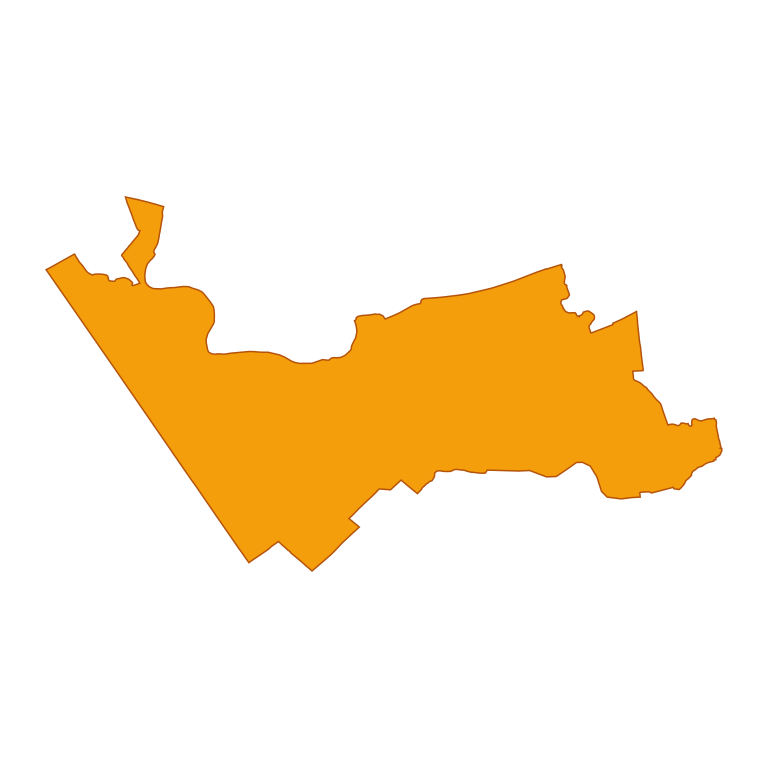 Bolintin-Vale, Giurgiu, Romania
{"feature_id": "2599482B86536056003936", "entity_name": "Bolintin-Vale", "entity_type": "district", "adm_level": 2, "iso_a3": "ROU", "parent_name": "Romania", "parent_adm1": "Giurgiu", "projection": "robinson", "projection_center": [25.723, 44.447], "detail": "fine", "context": "isolated", "style": "filled", "palette": "amber", "viewbox_px": 768, "rotation_deg": 0, "n_neighbors": 0, "source": "geoboundaries", "source_scale": "gbopen_adm2", "svg_char_len": 6104}
<svg xmlns="http://www.w3.org/2000/svg" viewBox="0 0 768 768"><path d="M678.9,489.6L679.2,489.5L680.9,488.0L683.7,484.8L683.6,484.7L685.0,482.7L685.6,481.1L687.0,479.6L688.2,478.8L691.4,475.5L691.3,474.7L692.5,471.6L695.5,469.6L697.8,467.6L700.5,466.5L701.6,466.5L705.1,464.0L708.3,462.5L712.2,461.6L714.0,460.9L713.8,460.2L716.0,459.6L715.7,457.6L717.8,456.6L719.9,455.0L721.9,450.6L721.8,448.4L720.2,448.3L720.3,448.0L720.8,447.3L720.8,446.6L719.8,442.5L719.6,441.1L718.6,438.5L718.4,437.8L718.4,436.7L718.1,435.2L717.1,430.6L716.3,426.3L716.3,425.4L716.5,423.3L716.4,422.5L715.9,419.8L715.7,419.6L715.0,419.6L714.6,419.4L714.3,418.2L712.6,418.7L707.3,419.0L702.1,420.7L700.6,420.9L699.5,420.7L695.0,418.8L693.5,418.9L692.4,419.5L692.0,420.1L691.7,422.4L691.7,423.7L692.0,425.0L691.6,425.5L690.7,426.2L689.9,426.1L689.1,425.7L688.1,423.6L686.2,423.9L684.8,423.4L683.1,423.1L681.1,423.1L679.8,424.9L678.7,425.5L678.1,425.6L677.4,425.6L674.6,424.5L672.2,424.1L669.6,424.5L667.9,425.0L663.0,411.1L661.1,404.9L660.0,403.0L655.8,398.9L653.5,396.1L651.7,393.6L648.8,390.7L647.4,389.1L646.6,387.8L646.2,387.4L644.9,386.9L641.3,383.7L639.6,382.5L637.9,381.6L634.7,380.4L634.0,379.6L633.6,378.7L633.3,376.8L633.3,375.8L632.7,371.3L634.8,371.1L643.1,370.6L643.2,369.7L641.6,357.5L640.5,347.1L639.6,342.3L637.4,321.8L637.5,320.8L636.5,311.5L621.9,319.2L612.8,323.3L613.0,324.6L592.0,332.7L591.5,332.8L590.6,332.7L590.6,332.1L590.5,331.7L590.0,330.1L589.3,328.8L589.1,327.3L589.1,326.2L589.4,325.4L590.9,323.7L591.5,322.4L593.7,319.8L594.3,318.9L594.5,317.9L594.4,316.5L594.0,315.2L593.3,314.2L588.9,311.2L588.3,311.0L587.6,311.0L585.5,311.4L583.2,312.2L582.8,313.5L582.3,314.1L581.5,314.9L580.6,315.4L579.1,315.8L579.2,316.6L577.6,316.2L576.8,315.5L575.8,313.4L575.0,312.7L569.5,312.9L568.5,312.8L565.7,311.6L565.3,311.3L564.7,310.2L563.8,309.2L563.6,308.4L563.1,308.5L562.8,307.0L562.4,306.0L560.8,303.4L560.9,301.9L561.2,301.4L561.5,300.2L562.8,299.6L565.9,298.8L567.4,298.1L569.4,295.1L569.4,294.5L566.6,286.8L566.9,285.7L566.2,284.9L564.9,284.4L564.4,283.2L564.3,282.0L565.2,276.5L563.5,270.4L561.2,266.5L562.0,265.5L561.4,264.5L546.2,269.2L546.1,268.9L541.6,270.5L536.7,272.2L513.8,281.1L501.4,285.1L492.9,287.8L485.0,289.8L468.3,293.7L459.4,295.1L445.4,296.8L438.7,297.5L423.9,298.6L423.3,298.8L422.0,299.5L421.0,300.7L420.9,301.2L421.1,302.4L420.1,303.6L416.0,304.4L413.0,305.4L410.6,306.5L407.6,308.3L399.2,313.0L393.0,315.8L385.2,319.0L382.9,315.8L379.1,314.1L377.4,314.4L375.8,314.1L374.6,314.1L369.2,315.0L362.2,315.5L357.9,316.4L357.5,316.9L356.3,317.5L356.2,318.4L355.9,319.7L355.2,320.4L354.5,320.7L356.0,325.0L356.8,330.0L356.8,332.6L355.6,337.8L352.4,344.1L351.5,346.3L351.2,349.1L350.6,350.2L348.0,352.7L344.9,355.5L340.7,357.4L337.1,357.8L333.8,357.6L331.3,358.1L328.6,360.3L322.6,359.6L312.0,363.3L299.6,363.4L295.0,362.5L291.6,361.2L284.4,357.0L279.5,354.9L268.4,352.3L261.0,352.2L253.5,351.6L249.3,351.5L231.6,353.1L224.3,354.2L217.8,353.8L215.7,354.2L213.4,354.1L212.1,353.8L210.5,353.2L209.1,352.4L208.4,351.7L207.6,349.8L206.2,342.4L206.2,339.2L207.8,333.6L213.0,324.8L214.0,322.7L214.3,320.8L214.3,319.0L214.4,314.8L214.2,311.8L213.8,308.6L213.5,307.1L213.1,306.1L210.2,301.8L203.9,293.8L202.6,292.5L201.5,291.7L199.0,290.3L196.1,289.3L192.5,288.2L189.3,286.9L187.1,286.6L183.5,286.5L173.1,287.7L172.3,287.6L167.1,288.0L161.2,288.9L153.6,288.6L152.1,288.1L149.8,287.0L148.7,286.2L147.1,284.6L146.3,283.5L145.7,282.6L145.2,281.0L144.8,276.1L145.1,272.6L145.7,268.7L147.2,264.5L147.5,263.9L149.5,261.2L152.2,258.6L154.1,256.3L154.9,254.7L154.9,254.2L154.8,253.8L154.3,253.3L154.0,252.8L153.9,252.3L153.9,251.0L154.4,249.5L155.9,247.0L157.0,244.8L157.7,243.2L158.3,240.5L158.9,237.8L159.3,234.5L159.7,233.0L160.9,226.2L161.7,221.0L162.4,217.5L162.6,215.9L162.3,212.6L162.6,210.5L163.7,206.7L155.7,204.3L147.7,202.1L139.4,200.0L125.5,197.0L126.9,202.1L129.6,209.0L132.4,216.5L133.9,220.9L134.3,221.6L136.3,226.9L137.5,229.3L138.0,229.9L138.8,230.4L139.9,230.6L138.5,234.5L138.0,235.4L132.9,241.4L131.1,243.8L128.9,246.1L127.4,248.3L125.6,250.1L124.5,251.7L121.9,254.6L121.7,255.1L121.7,255.4L122.1,256.2L122.7,256.7L123.1,257.2L123.5,258.2L124.1,259.3L127.4,263.4L127.9,264.7L129.3,267.1L132.6,271.8L134.6,275.2L137.1,278.7L139.9,283.1L135.4,284.9L133.6,285.4L132.4,285.5L132.1,285.4L132.0,285.1L132.0,284.6L132.6,283.3L132.5,282.8L132.3,282.4L130.3,280.5L128.5,279.1L124.6,277.7L122.6,277.7L117.4,278.9L115.9,279.5L115.0,281.0L114.7,281.2L114.3,281.3L112.5,281.2L110.1,280.9L109.3,280.7L108.5,279.6L108.2,277.7L107.8,276.3L107.1,275.5L105.8,274.9L102.9,274.3L98.4,274.0L95.0,274.2L93.5,274.5L92.2,275.0L91.9,274.8L89.2,273.5L88.1,272.7L86.6,271.4L82.8,266.0L79.4,262.1L77.8,259.5L75.9,256.6L74.8,254.3L74.4,254.1L49.5,268.0L46.1,269.7L114.7,368.6L169.9,448.7L174.5,455.6L175.3,456.6L184.3,469.7L192.4,481.3L194.5,484.1L215.4,514.6L239.7,549.7L241.3,551.8L246.4,559.2L249.0,562.7L250.3,561.6L267.8,549.7L269.7,548.1L271.5,546.4L278.5,541.5L282.3,545.1L284.2,546.7L288.3,550.5L289.2,550.9L290.3,551.9L290.5,552.6L302.8,562.9L305.8,565.7L309.7,568.9L312.0,571.0L325.5,559.4L331.5,554.1L335.9,549.7L341.7,543.4L349.2,536.3L359.3,527.1L348.9,518.5L351.8,515.9L359.4,508.1L361.4,506.3L364.2,503.5L369.6,498.5L371.4,496.9L376.4,491.9L378.8,489.2L379.7,489.0L380.6,489.1L381.6,489.1L390.5,489.8L401.1,480.1L411.6,488.9L417.4,493.6L421.1,489.9L422.6,487.4L424.4,486.0L425.5,484.8L425.6,484.4L427.7,483.2L429.8,481.4L430.2,481.2L430.9,481.2L432.2,480.5L432.7,479.5L433.4,478.7L434.4,476.6L434.6,475.7L434.6,474.6L434.7,473.5L434.9,472.7L436.8,471.2L437.9,470.9L440.0,470.8L443.8,471.4L447.6,471.5L449.9,471.4L450.6,471.3L451.6,471.0L453.0,470.2L455.0,469.5L456.7,469.4L462.1,470.1L464.1,470.2L466.9,471.2L471.0,472.2L475.8,472.6L478.1,473.0L482.1,473.2L485.3,473.1L487.3,470.1L518.7,471.0L529.6,470.5L546.6,476.9L556.3,476.5L568.2,468.4L576.4,462.5L582.4,462.3L590.3,466.1L596.9,476.9L601.5,491.4L607.2,497.1L621.2,498.9L631.4,497.6L640.2,497.1L639.8,492.7L640.9,492.2L649.2,491.8L651.5,493.0L673.4,487.3L674.0,488.8L677.5,489.2L678.9,489.6Z" fill="#f59e0b" stroke="#b45309" stroke-width="1.5"/></svg>